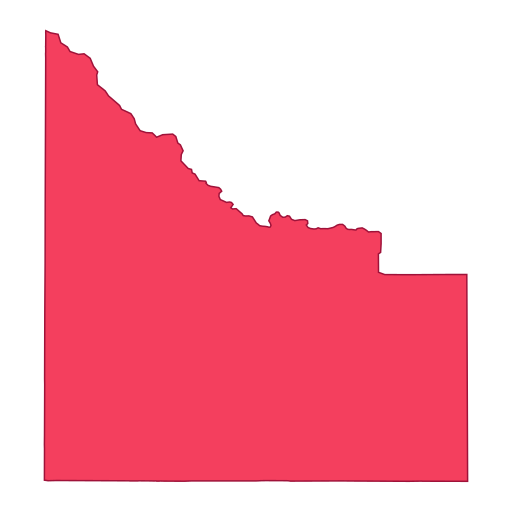 the district of Owyhee, Idaho, United States of America
{"feature_id": "52423323B98957194819537", "entity_name": "Owyhee", "entity_type": "district", "adm_level": 2, "iso_a3": "USA", "parent_name": "United States of America", "parent_adm1": "Idaho", "projection": "natural_earth1", "projection_center": [-116.172, 42.838], "detail": "fine", "context": "isolated", "style": "filled", "palette": "rose", "viewbox_px": 512, "rotation_deg": 0, "n_neighbors": 0, "source": "geoboundaries", "source_scale": "gbopen_adm2", "svg_char_len": 2501}
<svg xmlns="http://www.w3.org/2000/svg" viewBox="0 0 512 512"><path d="M44.4,480.2L46.1,480.4L48.0,480.7L56.5,480.5L129.4,480.8L129.6,480.9L137.9,480.9L138.9,480.8L151.0,480.9L154.2,481.0L156.0,480.9L156.5,481.1L159.4,481.1L160.0,481.0L164.2,481.1L184.4,481.2L192.0,480.9L228.0,480.9L228.6,480.9L254.6,480.9L256.3,480.9L258.8,480.8L260.2,480.7L265.6,480.6L286.8,480.7L288.5,480.8L290.5,481.1L342.5,480.9L350.8,481.0L408.9,481.3L421.6,481.1L422.3,481.2L467.6,481.3L467.3,399.5L466.8,274.5L462.2,274.5L448.4,274.5L429.6,274.6L413.3,274.7L401.9,274.7L392.1,274.6L384.8,274.6L378.5,272.3L378.5,269.7L378.4,253.9L380.6,252.4L381.1,243.8L381.1,233.5L378.5,231.6L376.6,231.6L374.1,231.7L371.1,231.7L368.5,232.0L366.4,230.3L364.4,229.0L362.2,227.9L358.9,228.3L357.7,228.5L356.6,229.1L356.0,230.0L355.3,230.0L353.4,229.7L351.3,229.4L349.6,229.5L347.6,229.3L346.0,228.1L344.9,226.2L342.6,224.4L339.6,224.4L337.2,225.1L334.9,226.6L333.0,227.5L330.9,228.0L327.9,228.7L323.9,228.6L320.7,228.7L318.1,227.8L316.2,228.8L314.0,229.0L310.5,228.5L308.0,227.5L306.3,225.0L307.8,223.5L307.5,220.8L305.1,219.6L302.4,219.7L299.7,219.8L297.4,220.2L294.8,220.6L291.5,219.3L289.5,216.2L287.3,215.7L285.3,217.1L282.8,217.3L280.2,215.4L279.0,212.8L278.1,212.1L276.3,212.1L274.8,213.8L272.4,214.7L270.6,216.0L269.6,218.8L268.8,220.8L270.3,223.3L271.0,225.3L270.3,227.0L269.1,227.3L267.7,226.8L265.2,226.4L262.5,226.2L259.7,225.7L257.8,224.1L256.3,223.0L254.7,220.5L252.4,216.9L248.9,215.9L245.7,216.0L243.3,215.6L242.0,213.7L240.0,212.0L236.2,208.7L234.1,208.8L232.6,209.0L230.8,207.7L231.8,206.3L233.1,204.4L231.5,202.5L229.7,202.0L226.5,202.4L222.8,200.7L220.3,199.6L218.9,196.3L219.2,193.4L220.6,192.2L221.7,191.2L220.6,189.2L218.8,187.6L214.5,186.9L210.7,186.3L208.0,185.3L206.0,183.3L206.3,182.5L205.6,181.2L199.1,180.7L195.0,174.1L192.2,172.9L191.5,169.4L188.2,168.5L180.9,160.8L181.3,154.5L183.1,150.8L180.4,144.9L177.8,143.0L175.8,136.5L172.7,134.1L162.7,134.7L156.6,137.2L154.3,134.9L152.2,132.9L146.2,132.6L140.1,130.7L135.6,123.9L134.2,118.7L130.9,113.7L121.5,109.3L119.6,105.5L108.5,95.9L105.2,90.9L97.4,84.7L96.7,75.0L97.7,71.8L93.5,66.2L90.2,58.3L84.1,53.8L78.5,54.4L70.0,51.5L67.4,47.0L60.8,42.8L58.1,34.3L50.4,32.8L45.8,30.7L45.7,32.1L45.8,35.1L45.7,43.8L45.7,45.6L45.6,46.7L45.7,47.6L45.7,49.4L45.7,51.8L45.7,52.2L45.6,53.3L45.6,54.0L45.7,58.0L45.7,58.3L45.2,205.8L45.1,264.0L44.8,312.9L44.6,378.8L44.7,384.5L44.5,435.6L44.4,444.5L44.5,448.7L44.4,480.2Z" fill="#f43f5e" stroke="#9f1239" stroke-width="1.5"/></svg>